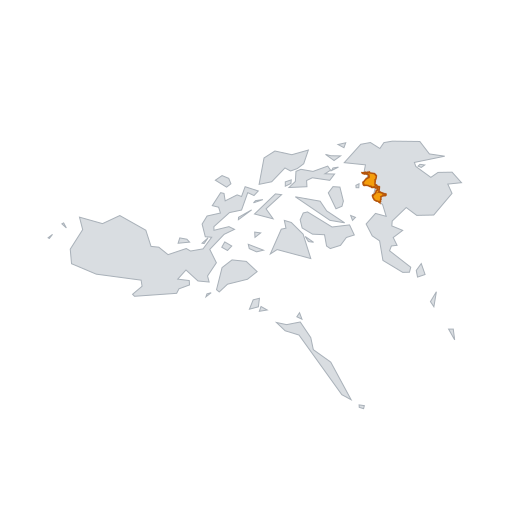 Misamis Oriental, Misamis Oriental, Philippines (highlighted), rotated 278°
{"feature_id": "2640588B53733148454792", "entity_name": "Misamis Oriental", "entity_type": "district", "adm_level": 2, "iso_a3": "PHL", "parent_name": "Philippines", "parent_adm1": "Misamis Oriental", "projection": "mercator", "projection_center": [124.765, 8.627], "detail": "fine", "context": "in_parent", "style": "filled", "palette": "amber", "viewbox_px": 512, "rotation_deg": 278, "n_neighbors": 0, "source": "geoboundaries", "source_scale": "gbopen_adm2", "svg_char_len": 8115}
<svg xmlns="http://www.w3.org/2000/svg" viewBox="0 0 512 512"><g transform="rotate(278 256 256)"><path d="M236.9,71.1L258.0,80.7L269.9,75.8L266.7,99.5L277.1,115.5L266.2,143.3L250.9,150.7L251.2,158.5L245.1,168.7L253.7,185.9L251.8,190.5L255.7,202.6L268.4,209.5L268.0,203.1L280.1,198.2L288.8,202.0L293.6,214.8L299.1,212.2L299.8,205.7L313.8,212.2L313.5,215.6L306.3,217.8L313.9,228.8L312.9,233.4L323.1,235.6L320.7,249.2L315.6,245.6L317.6,239.0L299.5,235.3L295.3,223.7L279.2,210.2L275.6,210.8L281.3,225.1L279.4,231.0L273.0,221.4L256.1,209.3L243.8,217.7L229.5,210.8L223.7,213.2L223.2,202.0L232.4,188.6L222.2,181.7L222.4,193.3L218.1,194.2L212.8,184.3L208.0,182.6L199.2,141.3L200.9,139.1L210.2,147.4L216.1,145.6L215.8,100.3L222.7,74.4L236.9,71.1ZM360.7,330.4L381.2,344.2L384.3,353.5L379.7,363.7L386.1,366.9L388.7,375.0L392.2,402.3L381.2,413.5L381.1,429.0L370.7,399.8L366.9,401.8L358.2,418.2L364.1,424.6L366.3,438.5L357.2,449.3L353.9,435.9L345.3,441.4L321.3,426.3L318.6,409.5L324.9,398.0L309.6,386.0L304.7,386.3L301.8,397.7L293.4,389.3L286.2,394.2L284.8,388.7L279.8,387.5L266.4,410.8L261.3,410.2L260.2,403.6L269.3,382.3L288.2,376.3L292.1,368.3L303.0,360.6L314.8,368.4L313.4,379.4L324.6,374.2L330.5,363.6L339.8,364.6L343.7,352.9L351.4,355.9L353.3,351.3L361.5,351.7L360.7,330.4ZM299.8,344.3L290.5,350.4L286.9,342.9L278.3,338.2L273.7,328.5L275.7,324.5L286.6,320.9L285.5,308.9L290.2,297.8L298.0,294.7L305.2,296.8L306.8,300.9L295.3,327.3L299.8,344.3ZM354.2,250.3L362.6,260.1L361.3,277.4L368.2,293.1L354.0,290.4L348.3,284.7L345.0,278.4L347.2,272.4L331.7,261.2L327.4,249.1L354.2,250.3ZM260.0,269.9L286.1,277.3L287.7,281.8L295.2,279.1L294.1,286.3L284.2,299.6L261.1,310.6L265.3,276.0L260.0,269.9ZM161.3,344.8L126.9,370.2L130.6,360.3L183.7,309.6L186.0,295.3L193.0,285.5L192.3,295.9L196.8,309.0L182.8,321.6L171.2,325.8L161.3,344.8ZM217.1,221.6L239.8,224.0L248.8,232.8L249.3,247.1L240.7,259.3L231.8,250.8L224.1,231.7L215.3,224.6L217.1,221.6ZM335.3,284.6L345.4,283.8L348.1,288.4L347.7,300.7L355.0,314.5L351.4,317.9L347.0,312.8L348.1,322.4L341.2,318.5L341.3,300.9L337.8,295.6L331.7,296.8L328.4,279.1L335.3,284.6ZM301.2,339.2L301.6,324.3L320.1,286.7L319.2,311.9L310.5,319.7L301.2,339.2ZM335.9,329.5L322.5,334.9L317.2,334.2L313.9,328.6L328.6,318.8L335.4,322.6L335.9,329.5ZM297.4,248.7L320.2,266.6L320.3,272.8L304.1,259.4L295.2,267.8L297.4,248.7ZM329.1,218.2L324.0,221.1L320.1,217.3L325.4,205.2L330.9,211.2L329.1,218.2ZM271.5,420.7L261.2,426.0L257.6,418.9L264.0,416.7L271.5,420.7ZM202.4,256.9L212.2,259.3L214.6,265.3L206.0,265.4L202.4,256.9ZM259.9,220.9L265.6,223.1L262.5,230.6L257.5,227.0L259.9,220.9ZM235.1,435.1L245.7,439.6L230.5,439.2L235.1,435.1ZM366.9,325.8L361.4,320.0L366.3,310.7L365.7,316.3L366.9,325.8ZM266.5,246.7L262.8,262.6L260.2,256.0L262.4,248.3L266.5,246.7ZM210.4,456.9L211.1,461.5L200.6,464.4L210.4,456.9ZM263.3,178.0L263.0,185.2L260.5,188.3L257.8,177.1L263.3,178.0ZM282.2,302.0L277.6,311.1L277.6,305.9L282.2,302.0ZM206.7,268.0L204.1,274.6L201.7,267.0L206.7,268.0ZM336.3,280.3L332.7,280.5L329.2,275.3L333.5,274.7L336.3,280.3ZM279.5,251.4L279.5,257.4L274.3,252.4L279.5,251.4ZM380.6,329.1L375.5,328.0L377.8,321.7L380.6,329.1ZM291.9,233.3L301.1,245.3L289.5,233.5L291.9,233.3ZM205.9,307.0L199.8,310.3L201.5,304.9L205.9,307.0ZM309.3,344.1L308.1,349.1L304.7,346.6L309.3,344.1ZM310.8,247.9L312.8,255.0L308.3,246.1L310.8,247.9ZM122.9,384.1L119.8,383.8L120.5,379.3L122.9,378.8L122.9,384.1ZM341.9,348.0L337.9,348.3L337.6,345.6L339.9,345.1L341.9,348.0ZM369.6,410.4L366.7,407.3L367.6,404.0L369.6,405.6L369.6,410.4ZM211.7,212.7L213.4,216.7L208.6,212.1L211.7,212.7ZM353.9,320.0L355.5,325.3L351.1,318.9L353.9,320.0ZM262.0,60.9L257.4,64.3L260.8,59.3L262.0,60.9ZM267.3,206.0L261.1,202.9L261.2,200.8L267.3,206.0ZM245.1,47.6L249.1,51.5L244.6,48.9L245.1,47.6Z" fill="#d9dde1" stroke="#a8b0b8" stroke-width="1"/><path d="M353.3,349.4L352.8,349.7L352.6,349.9L352.6,350.3L352.5,351.0L352.6,351.3L352.4,351.7L352.2,351.8L352.2,352.0L352.3,352.1L352.4,352.6L352.5,352.7L352.5,352.9L352.6,353.0L352.7,353.5L352.6,353.8L352.7,354.2L352.6,354.3L352.7,354.5L352.6,355.1L352.5,355.3L352.3,355.4L352.2,355.6L352.2,356.0L352.1,356.4L352.0,356.5L351.9,356.4L351.7,356.4L351.4,356.6L351.2,356.6L350.9,356.8L350.4,357.0L350.2,357.0L350.2,356.9L350.1,357.0L349.6,357.0L349.4,356.9L349.3,356.7L349.2,356.2L349.0,355.9L348.6,355.7L348.3,355.1L348.1,354.9L348.1,354.7L348.1,354.4L347.5,354.2L347.1,354.1L346.6,353.5L346.1,353.3L345.7,353.0L345.4,352.9L345.0,352.7L344.7,352.6L344.7,352.4L344.2,352.2L343.8,351.9L344.0,351.8L343.9,351.6L343.7,351.7L343.6,351.9L343.3,351.9L343.2,351.9L343.1,352.0L343.0,351.9L342.7,352.0L342.4,351.9L342.2,352.0L341.6,352.3L341.5,352.5L341.4,352.5L341.2,352.7L341.3,352.8L341.1,352.8L340.9,353.1L340.9,353.4L341.0,353.5L341.0,353.8L341.2,354.2L341.1,354.3L341.2,354.5L341.3,354.5L341.2,354.5L341.4,355.5L341.3,355.9L341.3,356.1L341.3,356.3L341.4,357.1L341.4,357.4L341.2,357.9L341.0,358.1L340.8,358.5L340.7,359.0L341.1,359.7L341.1,360.2L340.9,360.4L340.7,360.2L340.1,360.6L340.0,360.9L340.0,361.5L340.1,361.9L340.1,362.1L340.2,362.4L340.3,362.3L340.3,362.2L340.3,362.3L340.5,362.2L340.6,362.4L340.7,362.5L340.7,362.8L340.6,363.3L340.9,363.7L340.8,364.1L340.7,364.1L340.5,364.3L340.4,364.3L340.5,364.3L340.2,364.5L340.1,364.8L340.3,364.9L340.1,364.9L340.0,365.1L340.1,365.4L340.0,365.5L340.3,365.9L340.4,366.1L340.4,366.3L340.1,366.6L339.6,366.9L339.5,367.0L339.4,367.1L338.9,367.2L338.6,367.1L338.2,367.1L337.9,366.9L337.8,366.7L337.9,366.4L337.8,366.2L337.6,366.4L337.7,366.2L337.4,366.1L337.2,366.0L336.8,366.0L336.4,365.8L336.0,365.9L335.4,365.9L335.2,365.7L335.3,365.6L335.3,365.4L335.1,365.3L335.2,365.2L334.8,365.4L334.6,365.3L334.6,365.2L334.6,365.3L334.4,365.3L334.2,364.9L333.6,364.4L332.9,364.0L332.8,363.9L332.6,363.9L332.4,363.8L332.4,363.7L332.5,363.5L332.6,363.0L332.2,362.9L332.4,362.9L332.1,362.9L331.8,362.9L331.3,363.1L330.8,363.4L330.6,363.6L330.0,363.8L329.5,364.1L329.2,364.5L328.9,364.7L328.8,364.8L328.7,365.0L328.2,365.1L327.8,365.8L327.7,366.4L327.4,366.9L327.4,367.3L327.1,367.5L327.1,367.8L327.2,368.0L327.2,368.4L327.2,368.7L327.1,369.4L326.9,369.7L326.5,370.0L326.3,371.0L326.2,371.1L326.0,371.3L326.4,371.3L327.2,371.3L327.3,371.5L327.6,371.8L328.0,371.5L328.3,371.4L328.9,371.5L329.4,371.8L329.5,371.6L330.5,371.7L331.1,371.6L331.7,371.6L331.8,371.5L332.0,371.5L332.1,371.4L332.6,372.0L333.4,373.9L333.8,375.8L334.2,376.2L335.1,376.2L335.2,375.8L335.3,375.7L335.5,375.5L335.4,375.4L335.2,375.4L335.3,375.2L335.4,375.3L335.4,375.2L335.2,375.1L335.3,374.9L335.1,374.9L335.2,374.6L335.1,374.2L335.3,374.1L335.2,374.0L335.4,373.8L335.4,373.6L335.6,373.5L335.4,373.3L335.5,373.3L335.6,373.1L335.7,372.8L335.7,372.6L335.5,372.4L335.6,372.5L335.8,372.5L335.9,372.4L335.8,372.2L336.0,372.0L336.2,371.9L336.2,371.4L336.1,371.2L336.3,370.9L336.2,370.7L336.2,370.4L336.3,370.4L336.5,370.3L336.4,370.2L336.3,369.9L336.4,369.3L336.5,369.3L336.7,369.2L336.7,368.9L336.6,368.7L336.8,368.8L340.9,368.7L341.5,368.6L341.4,368.4L341.4,368.1L341.7,368.0L341.5,367.7L341.8,367.5L341.6,367.2L341.3,367.0L341.7,366.5L341.6,366.4L341.6,366.2L341.8,366.1L342.2,366.1L342.3,365.9L342.6,366.0L342.7,365.9L342.8,365.8L342.7,365.7L342.9,365.6L343.1,365.4L342.5,364.7L342.8,364.8L343.0,364.7L343.1,364.3L343.4,363.9L343.7,364.0L344.2,363.8L344.3,363.8L344.5,363.7L344.8,363.6L345.8,363.7L346.2,363.6L346.7,363.7L346.8,363.5L348.1,363.3L348.3,363.8L350.0,364.1L352.2,364.1L352.3,364.0L352.4,363.9L352.5,363.8L352.4,363.8L352.5,363.8L352.6,363.7L352.6,363.4L352.6,363.2L352.8,363.1L353.0,363.0L353.0,362.9L353.5,362.5L353.7,362.3L353.8,362.2L353.9,361.9L354.1,361.8L354.1,361.7L354.1,358.3L354.2,356.7L354.8,356.6L354.7,356.5L354.7,356.4L354.5,356.0L354.6,355.8L354.5,355.7L354.5,355.8L354.4,355.6L354.5,355.6L354.4,355.6L354.3,355.4L354.2,355.4L354.1,355.2L354.1,354.7L353.9,354.7L353.7,354.6L353.8,354.6L353.5,354.4L353.6,354.1L353.6,353.9L353.7,354.0L353.8,353.9L353.7,353.8L353.7,353.7L353.9,353.7L354.0,353.5L353.8,353.5L353.9,353.4L353.7,353.3L353.8,353.2L353.7,353.1L353.9,353.0L353.9,352.9L353.7,352.8L353.7,352.7L354.1,352.5L353.9,351.7L353.5,351.2L353.3,349.4Z" fill="#f59e0b" stroke="#b45309" stroke-width="1.5"/></g></svg>